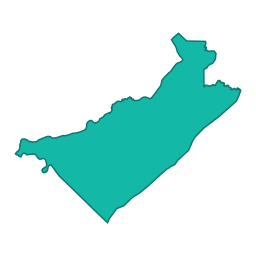 Beruri, Amazonas, Brazil (Mercator projection)
{"feature_id": "56859067B395012046701", "entity_name": "Beruri", "entity_type": "district", "adm_level": 2, "iso_a3": "BRA", "parent_name": "Brazil", "parent_adm1": "Amazonas", "projection": "mercator", "projection_center": [-61.816, -4.541], "detail": "fine", "context": "isolated", "style": "filled", "palette": "teal", "viewbox_px": 256, "rotation_deg": 0, "n_neighbors": 0, "source": "geoboundaries", "source_scale": "gbopen_adm2", "svg_char_len": 5710}
<svg xmlns="http://www.w3.org/2000/svg" viewBox="0 0 256 256"><path d="M171.5,39.8L172.1,40.6L172.4,41.3L173.2,42.6L174.6,44.6L176.1,47.4L176.9,50.1L177.3,51.8L179.5,55.4L180.5,56.6L181.0,57.1L182.2,58.4L182.5,59.0L182.7,59.4L182.7,59.7L182.5,60.3L182.2,60.8L181.7,61.2L180.5,62.1L179.6,62.4L178.1,62.8L176.4,63.9L175.6,64.7L173.1,67.9L171.9,69.6L171.0,71.0L170.3,71.8L169.0,72.6L165.9,75.8L165.3,76.2L163.6,78.3L162.4,79.6L161.9,80.5L161.4,83.0L160.8,85.3L160.1,86.6L158.2,89.0L155.7,92.7L154.6,94.0L151.8,97.6L151.0,98.2L150.6,98.4L149.7,98.5L149.1,98.4L146.2,97.2L145.3,97.1L144.5,97.1L143.5,97.2L142.5,97.7L141.6,98.2L138.9,100.4L138.1,100.2L137.2,100.4L136.9,100.6L136.3,100.6L134.8,100.5L134.4,100.5L134.3,100.2L133.9,100.1L133.4,100.3L133.0,100.1L133.1,99.7L133.1,99.2L132.8,99.3L132.5,99.5L132.0,99.3L131.7,98.8L131.5,97.8L131.1,97.8L130.7,97.9L130.4,97.9L130.1,97.6L130.1,97.2L129.9,96.9L129.6,97.2L129.4,97.6L128.4,97.7L128.1,97.8L127.4,99.2L127.0,99.3L126.6,99.3L125.8,98.8L125.4,98.7L124.6,98.8L123.7,99.4L123.6,100.2L123.3,100.3L123.0,100.0L122.9,99.6L122.6,99.3L122.2,99.5L121.9,99.9L121.9,100.3L122.3,100.6L122.2,101.0L121.8,101.3L121.5,101.4L120.8,101.5L119.8,101.5L119.1,101.3L118.1,101.3L117.2,101.5L115.0,103.2L114.6,103.7L114.3,103.9L113.7,104.2L113.2,104.2L112.6,104.4L112.2,105.2L112.3,105.5L112.3,105.8L112.3,106.2L112.1,106.4L111.9,106.6L112.0,106.9L112.0,107.3L111.6,107.3L111.4,107.7L111.5,108.2L112.1,109.0L111.7,109.2L111.7,109.5L111.8,109.8L112.0,110.1L111.8,110.6L111.6,111.0L111.1,111.5L111.0,111.9L110.8,112.3L110.4,112.4L109.6,113.4L109.3,113.1L109.1,112.8L108.8,112.9L107.5,113.5L105.7,114.2L104.9,114.8L104.5,115.1L103.9,116.2L103.3,117.0L99.7,118.9L99.4,120.1L99.0,120.9L98.6,121.3L98.3,121.5L97.9,121.8L97.3,122.1L96.1,122.7L95.2,123.0L94.4,122.8L93.4,122.3L92.3,121.1L91.4,120.5L90.4,120.5L89.6,120.7L88.6,121.4L88.0,121.9L87.5,122.5L86.9,123.6L86.7,124.4L86.4,127.3L86.2,128.1L85.7,129.0L85.1,129.7L84.3,130.2L82.8,130.8L82.0,131.2L80.1,131.8L79.3,132.2L77.3,132.8L74.4,133.2L73.6,133.2L72.8,133.3L71.7,133.6L70.6,134.1L68.2,135.0L67.2,135.3L65.4,135.6L64.5,135.7L63.5,135.6L62.6,135.7L56.5,137.7L54.6,137.9L53.4,138.2L52.2,138.0L50.4,136.7L49.6,136.5L48.7,136.4L47.6,136.4L45.6,137.1L42.9,138.2L40.9,139.1L40.1,139.3L39.0,139.8L38.3,140.2L37.8,140.8L36.3,141.7L32.7,142.1L32.1,141.7L31.5,141.8L28.1,141.1L27.1,140.0L24.7,139.0L22.3,139.1L20.9,140.5L20.6,143.0L20.1,143.7L20.0,144.2L19.9,145.3L19.9,148.0L19.0,149.9L18.6,150.6L16.9,151.9L15.4,153.8L16.2,154.5L16.9,154.8L18.5,155.3L18.8,155.7L19.0,156.4L19.4,156.5L20.1,156.6L20.8,156.8L21.1,156.7L21.4,156.1L21.5,155.7L21.6,155.3L21.8,155.0L22.0,154.7L22.1,154.4L22.4,154.0L22.7,153.7L23.3,153.3L24.1,153.2L25.1,153.4L25.5,153.6L25.7,153.9L26.3,154.4L27.0,154.9L27.4,154.9L27.7,154.8L28.0,154.5L28.3,154.5L28.7,154.4L29.0,154.4L29.4,154.4L30.3,154.1L32.4,154.2L33.0,153.8L33.7,154.1L35.4,154.5L35.9,154.8L36.1,155.3L36.9,156.3L37.1,156.6L37.1,156.9L37.3,157.2L38.2,158.1L38.4,158.4L38.7,158.5L38.9,158.8L39.7,158.9L39.8,159.2L40.1,159.3L40.5,159.2L43.3,158.4L44.1,158.6L44.9,159.2L45.4,159.9L46.3,162.4L46.6,164.2L46.6,165.1L46.4,166.0L45.9,166.7L45.2,167.3L43.6,168.2L42.9,168.7L42.3,169.6L42.1,170.4L42.2,171.3L42.7,172.1L43.4,172.5L44.2,172.6L45.2,172.4L46.0,172.0L46.7,171.4L47.3,170.5L47.6,169.7L48.2,166.7L48.7,166.0L49.4,165.5L50.2,165.2L51.3,165.1L58.7,175.4L99.6,215.2L107.5,222.7L109.6,218.2L116.5,208.9L116.9,208.5L123.9,205.7L130.9,198.8L132.3,197.5L136.3,195.0L140.2,192.5L148.7,185.4L161.0,174.1L166.8,169.1L169.3,167.6L170.4,166.7L174.3,164.8L175.1,164.1L177.7,160.3L188.0,150.9L189.0,149.5L192.8,140.5L195.2,136.9L203.5,128.3L208.3,124.6L209.4,123.8L219.8,115.9L220.7,115.0L236.2,101.3L238.6,96.3L239.6,93.4L240.6,91.1L240.3,90.9L240.1,90.6L240.3,90.3L239.9,90.1L239.7,89.8L240.0,89.6L239.7,89.3L239.4,89.0L238.8,89.4L238.5,89.5L238.2,89.3L238.5,88.9L238.4,88.6L237.5,88.0L237.1,88.2L237.0,89.1L236.3,89.9L235.9,89.8L235.6,89.5L235.3,89.0L235.0,89.0L234.5,88.5L234.0,88.4L233.3,89.0L233.0,88.9L232.7,89.2L232.3,89.3L232.1,89.7L231.7,89.7L231.3,89.5L231.0,89.4L231.2,89.2L231.2,88.8L230.9,87.9L230.7,87.7L230.4,87.6L229.7,87.4L229.3,87.5L229.1,87.2L228.6,85.9L228.4,85.6L228.1,85.5L227.0,85.3L226.4,86.2L225.9,85.9L225.3,85.8L224.9,85.9L224.7,86.1L224.3,86.0L224.0,85.6L223.6,85.4L223.7,85.1L224.0,84.9L224.2,84.7L224.3,83.9L224.1,83.2L223.7,83.0L223.4,82.6L223.0,82.5L222.7,82.6L222.0,82.7L221.5,82.6L221.4,82.9L221.1,82.7L221.0,82.4L220.8,82.0L220.5,81.7L220.2,81.6L220.0,81.0L219.7,81.0L219.8,80.7L219.5,80.7L219.1,80.4L218.0,80.8L217.8,81.3L217.5,81.5L217.3,81.9L217.3,82.4L216.7,82.8L216.2,83.5L215.8,84.7L215.4,84.9L215.2,85.3L214.9,85.6L214.5,85.5L213.7,84.9L213.2,84.6L212.7,84.8L212.5,85.2L212.2,85.3L211.8,85.3L211.6,85.4L211.2,85.5L211.1,86.1L210.7,86.1L209.7,86.1L209.5,85.9L209.0,86.0L208.0,85.6L207.6,85.6L207.0,85.3L206.6,85.3L206.2,85.2L205.1,85.5L204.9,85.7L204.2,86.3L204.4,86.6L204.0,86.6L203.9,79.4L203.8,72.1L203.9,69.7L204.4,69.1L205.2,68.7L206.0,68.4L206.7,68.0L207.2,67.3L207.5,66.6L208.1,65.9L209.4,64.7L210.1,64.3L210.9,64.1L211.7,63.8L212.4,63.3L213.0,62.7L214.0,61.2L214.5,60.6L215.2,59.2L215.5,58.4L215.6,57.6L215.7,56.7L215.7,55.9L215.8,54.7L216.1,53.9L214.3,51.1L213.5,51.1L212.7,51.1L211.8,50.9L211.0,51.2L209.5,51.3L209.1,51.2L208.6,51.1L208.0,51.0L207.6,50.7L207.4,50.4L207.0,50.4L206.5,50.6L206.0,50.6L205.6,50.6L205.1,50.0L205.2,49.7L205.8,49.4L205.6,49.0L205.6,48.5L206.0,48.4L206.4,48.2L206.4,47.9L206.2,47.7L206.2,47.2L205.6,46.7L204.3,46.8L204.3,46.5L204.4,45.8L205.1,45.3L205.5,44.7L205.7,44.2L205.7,43.6L205.7,42.7L205.6,41.5L205.3,41.4L186.6,41.0L178.5,33.3L174.4,36.8L172.8,38.2L171.7,39.5L171.5,39.8Z" fill="#14b8a6" stroke="#0f766e" stroke-width="1.5"/></svg>